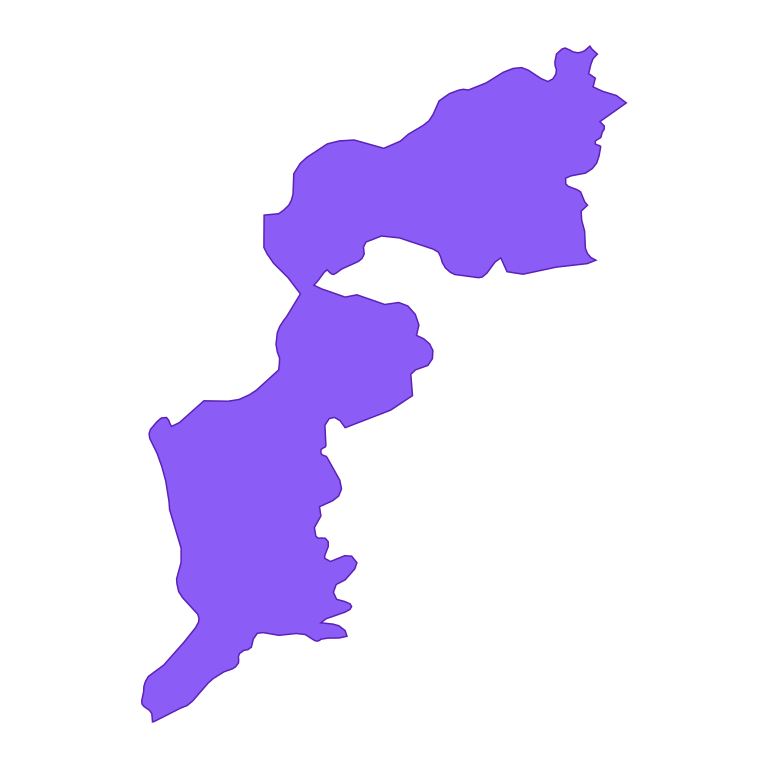 the State of Burgenland
{"feature_id": "AUT-2322", "entity_name": "Burgenland", "entity_type": "State", "adm_level": 1, "iso_a3": "AUT", "parent_name": "Austria", "parent_adm1": "", "projection": "robinson", "projection_center": [16.54, 47.475], "detail": "fine", "context": "isolated", "style": "filled", "palette": "violet", "viewbox_px": 768, "rotation_deg": 0, "n_neighbors": 0, "source": "natural_earth", "source_scale": "10m", "svg_char_len": 3457}
<svg xmlns="http://www.w3.org/2000/svg" viewBox="0 0 768 768"><path d="M626.3,102.9L599.9,121.6L604.3,126.0L604.2,129.2L602.1,132.6L601.0,137.1L600.1,138.0L596.2,140.3L595.1,141.8L595.5,144.1L597.6,145.1L599.9,145.7L600.7,146.8L599.0,156.2L596.6,163.2L592.4,168.5L585.5,173.1L570.9,175.9L565.6,178.2L565.8,184.0L568.4,186.4L577.3,189.8L580.6,191.9L584.7,201.8L587.5,205.2L581.1,211.2L581.7,220.3L584.6,231.0L585.4,248.3L587.5,253.6L591.1,257.7L595.9,260.2L587.3,263.6L556.5,267.1L523.0,274.2L507.0,271.7L500.8,257.9L495.2,261.9L486.9,273.1L482.3,277.0L478.6,277.7L454.8,274.5L450.2,272.2L445.5,268.0L444.5,266.3L442.3,262.6L440.7,257.0L438.4,252.2L433.1,249.1L399.3,237.9L381.5,236.0L366.0,242.0L363.5,247.1L364.2,254.1L361.9,258.6L358.3,261.5L341.5,269.1L336.5,272.9L333.7,274.4L331.7,274.0L329.6,272.4L327.2,269.8L324.1,272.4L317.6,281.2L313.9,285.2L321.6,288.9L345.2,297.1L356.9,294.8L377.3,301.9L384.8,304.5L398.7,302.5L407.9,306.0L415.3,314.4L418.9,325.1L416.5,335.4L423.7,338.8L429.6,343.9L432.9,350.5L432.4,358.7L427.9,365.4L415.6,369.8L410.8,374.3L412.5,395.6L406.6,399.5L390.7,410.1L345.2,427.7L340.1,420.7L334.5,417.4L329.2,418.6L324.9,425.3L325.9,445.6L325.0,447.2L322.9,448.1L321.1,449.5L320.8,452.7L322.0,454.7L323.9,455.6L325.8,456.2L326.9,457.2L339.8,480.2L341.5,488.9L338.7,496.0L332.7,500.7L319.5,506.7L319.5,506.8L320.9,516.0L314.4,527.6L315.9,536.4L318.4,538.2L321.8,538.0L325.3,538.3L328.2,541.7L328.3,546.4L324.8,555.4L324.7,558.3L330.4,561.5L344.7,555.7L351.7,556.2L356.9,562.7L354.8,568.9L345.2,579.8L336.2,584.5L333.4,592.3L336.6,599.3L345.2,601.7L350.1,603.9L351.6,606.6L349.9,609.5L345.1,612.1L326.2,618.7L320.9,622.8L333.0,624.1L339.0,625.8L345.1,630.6L347.0,636.3L339.0,638.0L327.9,638.1L320.9,639.2L320.9,639.3L319.0,640.7L317.0,641.1L314.8,640.6L312.5,639.2L305.2,634.5L296.2,633.5L278.9,635.3L263.1,632.6L257.3,633.3L253.3,639.1L251.4,647.1L248.0,649.6L243.8,650.4L239.5,653.5L238.4,656.7L238.7,659.7L238.5,662.9L235.6,666.8L232.7,668.7L223.8,671.9L213.0,678.7L208.1,683.1L192.6,701.0L187.2,705.5L180.4,708.2L162.9,717.1L154.0,721.6L152.5,721.9L152.5,721.7L152.3,719.5L151.8,713.7L151.0,712.4L149.3,710.2L144.1,706.6L142.0,704.0L141.7,700.8L143.6,691.9L143.9,686.5L145.4,681.5L148.4,676.4L163.7,665.1L184.3,641.8L195.4,627.9L198.5,622.3L199.0,618.7L197.8,614.3L182.5,597.6L178.7,591.6L177.0,584.2L176.6,578.9L181.1,562.4L181.1,548.1L169.6,509.7L169.0,501.4L165.8,481.3L161.8,466.5L157.1,453.4L149.7,438.3L149.1,433.7L150.5,429.3L157.0,421.7L161.3,418.0L166.5,417.5L168.8,420.4L170.1,424.0L171.6,426.4L179.4,422.6L203.9,400.8L228.2,401.2L239.0,399.5L249.6,394.7L256.5,390.1L278.6,370.0L279.3,364.6L279.6,358.2L277.3,351.9L276.0,344.3L277.3,332.7L279.7,326.6L283.8,320.2L286.5,316.8L300.4,293.9L288.0,277.6L273.7,263.4L267.2,254.0L263.9,247.5L264.1,215.1L278.7,213.7L283.6,210.2L288.8,205.2L291.3,200.4L293.0,194.3L293.8,173.7L300.3,163.3L306.9,157.3L327.3,143.9L339.4,140.9L354.2,140.0L383.8,148.3L400.3,141.2L408.5,134.1L423.1,125.5L428.9,120.9L433.2,114.3L439.1,100.9L449.5,93.6L458.5,90.2L463.4,89.3L468.4,90.0L486.2,82.9L503.2,72.3L512.9,68.5L521.6,67.6L528.2,70.1L541.1,78.6L547.8,81.5L552.9,78.9L555.9,74.0L556.4,69.7L555.1,65.6L554.9,61.8L556.5,54.0L562.0,49.0L565.1,48.0L569.5,49.9L573.1,51.9L578.1,52.8L581.8,52.0L584.7,50.7L589.9,46.1L591.9,49.1L597.4,54.1L593.1,58.6L591.0,63.9L588.6,73.8L590.3,74.7L595.3,78.2L593.1,86.9L602.8,91.4L616.4,95.5L626.3,102.9Z" fill="#8b5cf6" stroke="#5b21b6" stroke-width="1.5"/></svg>